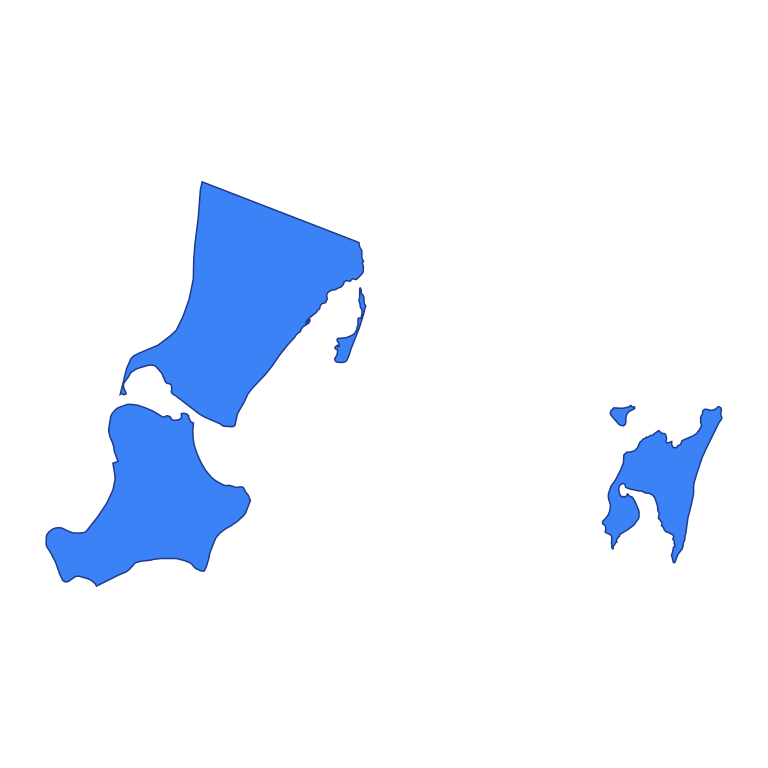 the district of Cidade De Maputo, Maputo, Mozambique
{"feature_id": "85939544B59479814848654", "entity_name": "Cidade De Maputo", "entity_type": "district", "adm_level": 2, "iso_a3": "MOZ", "parent_name": "Mozambique", "parent_adm1": "Maputo", "projection": "robinson", "projection_center": [32.742, -25.953], "detail": "fine", "context": "isolated", "style": "filled", "palette": "blue", "viewbox_px": 768, "rotation_deg": 0, "n_neighbors": 0, "source": "geoboundaries", "source_scale": "gbopen_adm2", "svg_char_len": 6108}
<svg xmlns="http://www.w3.org/2000/svg" viewBox="0 0 768 768"><path d="M120.2,394.4L121.8,393.5L123.5,394.7L125.4,394.4L126.0,393.9L126.1,393.3L125.7,392.2L123.5,387.2L123.5,384.2L124.0,382.9L128.5,376.8L130.4,373.3L131.7,372.0L135.8,369.2L139.7,367.8L148.5,365.2L153.6,365.2L156.2,366.7L161.9,373.4L165.1,381.2L165.8,382.2L166.9,383.3L169.9,383.9L170.8,384.5L171.5,386.0L171.8,390.0L171.2,391.7L171.6,392.7L173.5,394.7L174.9,395.2L199.1,413.8L204.2,416.9L220.3,423.9L222.3,425.5L223.7,426.2L231.8,426.7L233.7,426.4L234.8,425.5L235.2,424.2L237.5,413.6L244.0,402.4L248.0,393.8L252.3,388.2L264.9,375.0L272.5,365.6L279.3,355.5L283.5,350.2L287.9,344.7L295.0,336.9L296.1,334.9L297.7,333.3L300.4,331.6L300.9,329.5L303.0,326.8L308.7,323.1L309.9,320.9L309.9,320.1L309.8,319.6L309.2,319.5L308.4,320.6L307.5,323.3L305.9,323.8L305.8,322.8L306.7,320.8L309.1,318.2L316.0,312.7L317.2,311.2L317.3,310.3L319.5,309.0L320.4,305.5L321.9,303.7L325.5,302.7L327.0,299.7L327.2,298.7L326.6,295.1L327.5,293.0L329.9,290.9L332.5,290.1L335.6,289.6L337.9,288.2L341.3,286.9L343.3,284.5L344.0,282.3L345.8,280.7L347.4,280.7L349.7,281.3L350.4,281.0L351.7,279.4L353.2,278.7L355.1,279.5L356.4,279.4L357.6,278.5L362.7,273.0L363.2,271.5L363.4,267.7L363.3,266.0L362.3,263.5L363.5,261.3L362.0,258.5L361.8,257.5L361.9,250.8L359.7,247.0L358.9,242.5L202.2,181.9L200.4,189.5L198.2,218.3L194.8,244.9L193.7,260.6L193.3,279.1L189.2,299.1L182.9,316.8L176.3,330.2L170.1,336.0L158.0,345.2L139.7,352.9L133.9,355.8L131.0,358.5L126.6,368.5L120.2,394.4ZM96.5,586.1L118.7,575.0L126.3,571.8L129.6,569.2L135.3,562.8L140.7,561.3L151.1,560.1L153.6,559.3L161.7,558.5L176.4,558.5L184.5,560.6L189.7,562.6L191.7,564.1L194.6,567.5L196.2,568.8L201.0,570.9L203.8,571.2L204.6,570.5L206.5,566.3L209.2,557.1L209.4,554.6L210.5,551.2L215.4,538.8L217.2,536.0L218.2,535.4L218.6,534.3L223.9,529.9L232.4,524.8L237.3,521.4L243.6,515.7L245.7,512.7L250.4,500.5L248.2,495.1L245.7,492.1L243.9,488.4L242.8,487.1L240.2,486.9L236.3,487.5L229.9,485.5L228.0,485.3L226.0,485.8L222.5,484.6L215.1,480.4L211.2,477.1L205.7,470.5L201.0,462.6L196.8,453.0L195.0,447.7L193.9,443.4L193.1,438.1L192.8,430.0L193.5,423.2L192.8,422.6L191.1,422.2L188.8,417.9L188.7,415.8L186.8,414.0L183.6,413.2L181.3,413.7L181.5,417.0L181.1,418.1L180.1,419.1L177.9,419.9L173.4,420.4L171.7,419.5L169.9,416.4L168.9,416.5L167.9,415.8L166.6,415.8L164.1,417.1L162.3,416.7L153.3,411.3L146.1,408.1L137.7,405.2L131.3,404.4L127.5,404.4L118.1,407.7L115.4,409.7L111.9,413.9L110.7,416.6L108.7,429.5L108.8,431.5L110.0,437.0L112.0,441.4L113.7,446.5L114.2,451.0L116.9,458.6L118.4,461.3L112.9,463.3L114.7,473.8L115.1,479.5L112.9,490.0L107.1,502.6L97.8,516.7L86.6,530.9L85.2,532.2L80.0,533.1L73.0,532.9L69.1,531.5L61.7,528.0L58.4,527.7L55.1,528.1L51.8,529.6L48.9,532.0L46.8,534.8L46.3,537.3L46.1,543.9L46.7,546.5L51.2,553.7L55.5,562.1L59.9,574.5L62.7,580.3L64.8,581.8L68.0,581.7L75.6,576.4L79.2,576.2L88.0,578.8L91.0,580.2L95.2,583.7L96.5,586.1ZM721.5,409.6L720.8,407.8L719.0,406.7L718.0,406.8L715.4,409.2L712.2,410.3L710.6,410.3L706.0,409.2L704.8,409.3L703.3,410.2L702.7,411.6L702.4,414.3L700.9,416.4L700.5,418.5L700.8,420.2L700.5,421.9L701.6,425.5L699.2,430.3L698.1,431.2L696.9,433.3L692.8,436.0L683.3,440.0L681.9,440.9L680.5,444.7L678.1,445.4L676.6,447.5L674.3,447.8L673.3,447.6L671.7,444.7L671.7,441.5L668.8,442.7L667.4,442.9L666.5,442.4L665.8,441.1L666.5,439.3L666.5,437.5L665.5,434.3L663.9,433.4L662.1,433.5L659.6,431.5L659.3,430.9L658.5,430.7L654.1,433.8L652.9,435.2L650.5,435.5L647.6,437.5L646.4,437.0L645.0,438.5L643.2,439.0L641.4,441.1L640.1,441.8L639.9,442.8L639.3,443.5L637.5,447.9L634.6,450.7L630.4,452.0L626.4,452.3L625.8,453.4L624.4,454.2L623.7,455.6L623.6,462.1L621.2,468.8L615.4,480.1L611.1,486.0L608.6,493.1L608.3,496.0L608.6,499.1L610.3,504.2L610.3,507.7L609.5,511.8L607.9,515.4L605.0,519.1L602.9,521.0L602.5,522.4L602.8,524.0L604.5,525.1L605.5,526.3L605.8,529.7L605.1,531.9L605.9,532.7L610.3,534.6L611.6,536.3L611.8,539.3L611.4,543.7L612.2,545.2L611.6,546.9L612.5,548.8L613.0,548.9L613.3,548.0L613.0,546.9L613.2,546.3L614.1,545.4L615.9,542.4L616.8,542.2L616.5,539.8L618.3,537.1L619.3,536.5L619.9,534.4L628.5,529.2L633.9,525.1L638.6,518.5L639.0,516.8L639.1,512.3L638.6,510.1L635.2,501.9L632.5,497.5L631.7,496.8L629.5,496.2L627.7,494.0L627.1,494.3L626.6,495.8L625.7,496.7L624.6,497.1L623.8,496.5L623.0,496.6L622.6,497.1L621.6,496.8L619.7,494.2L618.7,489.5L619.1,486.5L620.7,484.4L623.1,483.4L624.7,484.3L625.2,485.0L625.5,486.9L626.3,487.6L628.9,488.7L638.6,490.9L642.4,491.2L644.6,492.8L649.4,493.4L652.2,494.8L654.7,497.5L657.4,505.5L657.9,511.0L659.3,513.1L658.4,517.9L658.6,518.7L660.1,519.5L660.5,521.0L662.0,522.6L662.1,523.4L661.5,525.2L661.7,525.9L663.7,527.5L663.9,529.2L666.1,531.9L668.3,532.4L672.9,534.9L673.6,536.5L673.6,537.6L672.7,539.0L674.4,541.4L674.2,543.9L675.3,546.0L673.6,547.1L672.4,552.7L671.5,555.0L673.4,562.5L674.3,562.7L675.1,562.0L677.7,554.7L682.2,548.8L683.1,545.6L683.2,543.1L684.8,539.7L684.8,537.7L685.9,532.6L687.9,518.0L691.5,504.0L693.1,496.1L693.6,493.4L693.6,485.9L694.3,482.1L697.5,471.3L702.1,457.7L705.5,450.1L718.9,422.8L721.4,419.3L721.9,417.9L720.6,414.2L721.5,409.6ZM359.3,327.9L363.8,313.5L364.5,309.8L365.8,306.0L364.4,303.8L364.0,302.2L363.9,297.2L363.2,295.3L361.6,293.6L361.2,292.5L361.2,289.9L360.3,288.0L359.9,288.1L359.7,289.0L359.6,297.3L358.9,300.9L360.0,303.8L360.3,307.1L361.9,309.8L362.0,313.5L361.2,317.3L360.8,318.5L358.8,318.0L358.2,318.4L357.9,322.4L358.2,324.8L357.4,326.1L356.7,329.8L354.4,333.6L352.4,335.2L346.1,337.7L337.6,338.5L337.1,339.7L337.1,340.8L339.1,343.7L339.3,345.6L339.1,346.4L338.5,346.8L337.8,346.6L337.8,345.4L337.4,345.2L335.0,347.2L334.9,348.1L335.4,348.8L337.5,349.9L337.6,350.7L337.1,354.8L334.7,358.7L335.1,360.6L335.7,361.4L337.6,362.3L342.2,362.5L345.0,361.9L346.7,360.5L349.2,354.9L351.0,349.0L359.3,327.9ZM631.8,406.7L631.1,405.6L630.3,405.5L629.5,406.6L628.3,407.1L622.7,408.3L613.7,407.9L611.0,410.8L610.4,412.3L610.3,414.0L612.3,416.8L618.7,424.1L620.2,425.1L623.5,425.9L625.3,424.3L625.8,422.7L625.9,417.3L627.0,413.8L629.0,411.6L634.6,408.6L634.7,407.1L631.8,406.7Z" fill="#3b82f6" stroke="#1e3a8a" stroke-width="1.5"/></svg>